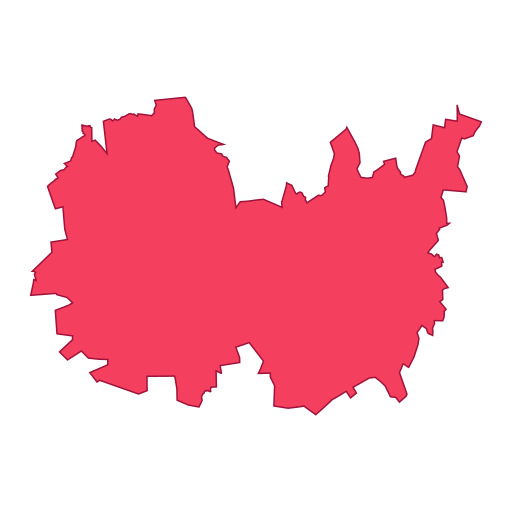 the district of Quiriego, Sonora, Mexico
{"feature_id": "50627088B40581127001801", "entity_name": "Quiriego", "entity_type": "district", "adm_level": 2, "iso_a3": "MEX", "parent_name": "Mexico", "parent_adm1": "Sonora", "projection": "orthographic", "projection_center": [-109.479, 27.591], "detail": "fine", "context": "isolated", "style": "filled", "palette": "rose", "viewbox_px": 512, "rotation_deg": 0, "n_neighbors": 0, "source": "geoboundaries", "source_scale": "gbopen_adm2", "svg_char_len": 5723}
<svg xmlns="http://www.w3.org/2000/svg" viewBox="0 0 512 512"><path d="M457.1,104.9L457.3,114.2L457.2,121.2L445.6,119.3L444.6,127.7L433.2,124.9L431.5,138.6L425.6,142.0L415.5,170.2L415.3,172.1L412.6,175.3L405.4,177.0L404.7,177.4L403.3,175.7L402.6,175.5L402.1,175.2L401.9,175.0L400.4,173.6L400.5,172.1L399.4,170.7L397.6,168.4L396.9,166.2L395.7,158.2L383.6,161.3L384.6,164.4L376.7,170.3L373.8,172.0L372.5,177.4L367.4,178.2L361.8,177.5L361.0,177.3L358.9,173.4L356.9,168.8L360.0,162.8L359.3,153.2L357.8,148.2L355.2,142.7L346.8,127.3L346.0,129.3L330.3,142.3L334.4,153.7L333.6,158.3L330.9,165.7L328.4,176.3L328.7,176.8L328.2,185.9L324.7,187.7L325.3,191.9L322.2,195.2L320.5,195.7L318.9,195.2L318.5,195.2L306.8,202.9L306.2,201.2L305.4,200.2L305.4,199.1L305.6,197.9L305.5,197.3L305.1,197.0L304.7,196.8L303.7,196.4L302.0,192.9L300.1,192.0L297.8,193.0L296.9,194.1L295.6,193.4L291.7,185.2L287.7,183.5L286.7,182.8L286.2,186.6L282.0,201.2L281.6,201.6L282.1,207.4L263.5,199.3L260.2,199.6L253.3,200.4L252.7,200.6L246.9,201.3L240.3,201.7L239.9,202.2L235.9,207.8L233.5,188.1L228.5,170.6L227.1,166.7L229.4,161.3L226.5,157.5L222.7,156.1L221.5,153.8L217.0,153.1L214.5,149.9L214.8,147.9L217.3,145.8L219.6,144.8L222.2,144.7L223.6,144.4L221.6,143.7L216.1,141.6L212.2,140.1L210.0,139.2L209.2,139.0L207.6,138.3L194.6,126.7L192.5,111.2L191.6,108.1L186.1,98.4L185.2,97.3L154.7,100.4L156.3,105.4L154.3,108.9L154.3,113.0L151.4,115.8L150.7,115.5L140.5,114.1L137.9,114.0L137.9,115.5L137.4,116.3L133.7,114.0L133.0,114.6L131.2,113.9L130.7,113.6L129.8,113.8L129.4,113.9L128.9,113.9L127.8,114.7L126.6,115.2L125.6,115.9L125.1,116.3L121.5,117.2L119.9,119.3L117.3,120.3L116.6,119.8L116.2,119.7L115.7,119.6L115.4,119.5L114.9,119.6L114.6,119.4L114.5,119.1L114.4,119.0L114.1,119.4L114.0,119.7L114.0,119.9L113.9,120.0L113.4,120.2L113.0,120.3L112.9,120.4L112.7,120.8L112.4,120.9L112.2,120.9L111.4,119.7L110.7,119.3L110.2,119.1L109.4,119.0L103.4,121.3L107.0,153.6L104.9,151.1L101.3,146.5L95.1,140.1L91.9,141.4L91.7,127.6L90.5,127.2L89.9,125.6L88.0,125.9L88.0,126.5L81.9,125.0L81.8,125.4L81.8,125.6L81.9,125.8L82.0,125.9L82.5,126.3L82.5,126.6L82.4,126.7L82.2,126.9L82.1,127.2L82.0,127.9L82.0,128.3L82.0,128.6L82.3,129.3L82.3,129.6L82.2,129.9L82.1,130.1L82.1,130.3L82.3,130.7L82.4,130.8L82.4,131.3L82.5,131.4L82.7,131.5L82.9,131.7L83.1,131.9L83.2,132.2L83.3,132.5L83.2,133.2L83.2,133.3L83.3,133.3L83.4,133.6L83.6,133.6L84.1,133.8L84.3,133.9L84.5,134.1L84.7,134.3L84.8,134.6L84.9,134.9L84.9,135.1L84.9,135.3L84.8,135.6L84.6,135.8L83.6,136.2L82.4,136.8L81.9,137.3L81.5,137.6L81.4,137.6L81.2,137.7L80.9,138.0L80.7,138.3L80.4,138.4L80.0,138.6L79.6,138.8L79.1,139.2L78.3,139.6L77.8,139.9L77.2,140.3L76.9,140.5L76.2,142.4L75.8,146.6L72.4,157.3L72.0,157.3L71.8,157.4L71.6,157.6L71.5,157.9L71.4,158.2L71.3,158.8L71.1,159.2L71.0,159.7L70.9,160.1L70.8,160.5L70.5,160.9L70.2,161.2L64.4,163.5L65.7,164.7L66.9,166.2L67.4,166.5L66.5,166.9L66.0,167.3L65.2,168.3L64.4,169.5L64.2,169.6L61.1,170.4L60.6,170.5L60.2,170.7L55.7,174.1L58.1,178.0L55.0,179.6L54.9,180.3L54.8,180.5L53.1,181.6L51.6,182.7L50.5,183.6L49.2,184.7L47.5,186.4L50.4,194.7L52.7,201.3L55.4,208.8L62.9,206.8L64.3,223.6L64.8,229.4L67.5,239.5L51.0,242.1L51.6,248.8L51.5,249.1L51.7,249.4L51.9,251.9L51.9,252.3L32.3,271.3L34.1,271.4L35.6,272.5L34.4,274.3L35.5,278.2L35.7,278.6L35.8,279.3L36.1,280.5L33.8,279.5L33.3,283.2L30.7,295.3L56.0,293.4L56.7,294.6L67.0,297.5L72.6,302.8L68.7,305.2L55.3,310.4L57.0,333.8L72.6,335.9L72.4,339.8L59.5,351.9L67.5,359.9L81.4,351.0L88.4,358.1L98.7,359.2L107.8,359.5L107.6,364.9L89.8,372.6L97.0,382.0L99.6,380.3L111.0,384.3L116.1,386.1L138.6,394.0L147.2,390.6L147.0,385.3L147.0,376.3L160.4,376.2L174.5,376.1L175.2,378.3L176.9,388.9L177.1,400.2L188.2,405.0L199.0,407.0L200.7,403.4L202.1,400.4L202.0,399.9L202.0,399.7L202.0,399.4L202.0,399.1L201.8,398.6L201.7,398.3L201.6,398.0L201.6,397.8L201.5,397.3L201.6,396.9L201.9,396.0L202.3,395.1L202.5,394.8L202.8,394.0L203.0,393.9L203.7,393.3L204.2,392.9L204.3,392.4L204.3,391.9L204.6,391.6L204.8,391.4L205.3,391.0L205.5,390.6L205.9,390.5L206.4,390.8L206.9,391.0L207.5,390.7L207.9,390.7L208.3,390.7L208.7,391.1L210.1,391.7L210.8,391.3L210.8,391.1L210.5,390.7L210.4,389.4L211.1,387.2L216.4,386.9L216.1,370.9L221.1,373.3L221.4,373.2L220.2,365.6L239.7,362.5L239.7,360.9L239.6,357.5L235.8,347.2L249.2,342.6L263.5,361.1L260.4,369.2L258.3,373.4L260.4,373.4L270.3,373.1L270.3,377.0L274.6,385.7L274.0,402.7L273.9,406.0L288.0,408.2L298.2,407.0L303.9,406.1L312.9,412.6L314.2,413.4L315.7,414.7L322.6,408.6L326.6,404.9L331.4,400.5L331.4,400.1L338.6,396.0L346.2,391.3L350.6,397.9L356.4,393.1L355.0,390.5L354.5,389.8L353.0,387.3L369.5,377.9L375.6,377.4L376.1,378.1L380.2,381.2L385.2,386.0L390.5,396.8L395.6,397.3L399.5,402.1L405.9,396.4L407.0,394.2L399.5,372.6L403.0,364.1L403.8,364.0L407.4,366.7L408.7,367.3L414.0,357.0L418.0,344.5L418.6,340.4L418.9,338.3L417.1,332.5L419.7,328.8L421.9,325.5L426.4,328.6L427.6,332.6L428.3,333.5L432.7,335.4L432.9,331.1L432.5,328.1L434.5,323.7L434.3,320.6L442.7,320.8L444.0,317.4L444.4,311.9L444.1,311.4L446.1,309.3L439.8,301.6L442.8,299.5L442.5,289.9L444.7,288.5L448.2,287.6L444.8,283.0L440.7,277.5L437.6,274.7L435.8,272.4L434.9,269.4L441.8,266.1L441.6,261.9L443.1,262.1L441.7,257.5L439.5,257.7L438.8,255.1L436.6,254.1L434.8,256.5L433.9,256.2L431.6,254.1L427.8,252.8L429.6,250.3L429.7,250.2L438.0,240.8L438.3,240.0L436.4,233.5L439.6,229.4L439.3,228.1L447.0,225.2L449.4,223.3L446.7,223.3L446.7,218.4L445.1,208.3L443.5,200.4L441.0,197.5L443.3,189.9L463.6,191.6L466.0,191.9L467.2,186.6L459.9,170.0L457.5,166.6L459.5,156.2L457.0,151.7L458.1,148.5L459.7,143.9L461.7,138.1L464.5,138.9L469.3,137.1L473.3,135.7L474.7,132.3L477.0,129.1L479.5,126.0L481.3,121.8L459.5,114.0L457.1,104.9Z" fill="#f43f5e" stroke="#9f1239" stroke-width="1.5"/></svg>